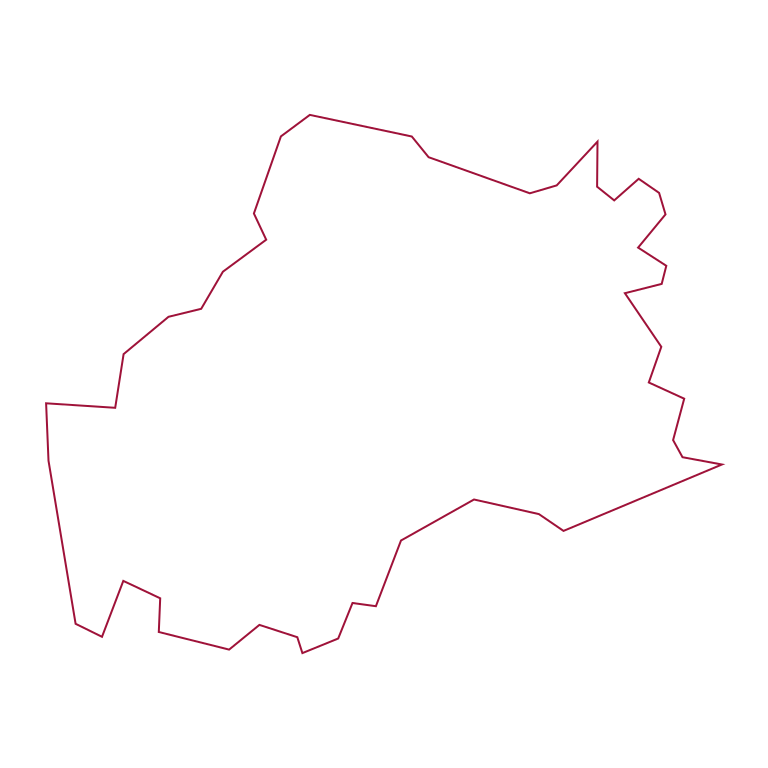 Anderson, Kentucky, United States of America (Robinson projection)
{"feature_id": "52423323B73642755696562", "entity_name": "Anderson", "entity_type": "district", "adm_level": 2, "iso_a3": "USA", "parent_name": "United States of America", "parent_adm1": "Kentucky", "projection": "robinson", "projection_center": [-84.971, 38.007], "detail": "fine", "context": "isolated", "style": "outline", "palette": "rose", "viewbox_px": 768, "rotation_deg": 0, "n_neighbors": 0, "source": "geoboundaries", "source_scale": "gbopen_adm2", "svg_char_len": 700}
<svg xmlns="http://www.w3.org/2000/svg" viewBox="0 0 768 768"><path d="M297.3,637.2L302.4,653.1L338.2,638.5L352.5,603.0L375.9,606.2L401.0,540.5L474.0,499.5L538.9,514.1L563.5,530.9L721.9,464.5L682.5,457.2L673.1,440.1L684.2,398.7L648.8,382.5L661.3,346.8L624.9,293.2L661.7,283.9L666.3,265.8L638.1,247.6L665.5,214.4L659.1,192.9L638.7,178.8L614.2,200.4L597.1,186.7L597.5,141.6L556.7,185.4L529.8,193.3L428.6,157.2L411.8,136.5L309.8,114.9L280.9,136.4L253.9,213.5L266.2,239.7L222.9,271.7L201.2,308.8L168.5,316.8L123.6,354.1L115.2,407.8L46.1,403.3L48.5,460.7L75.6,623.8L102.0,636.8L123.3,580.9L160.2,598.3L158.8,632.0L229.1,649.6L259.4,624.9L297.3,637.2Z" fill="none" stroke="#9f1239" stroke-width="2"/></svg>